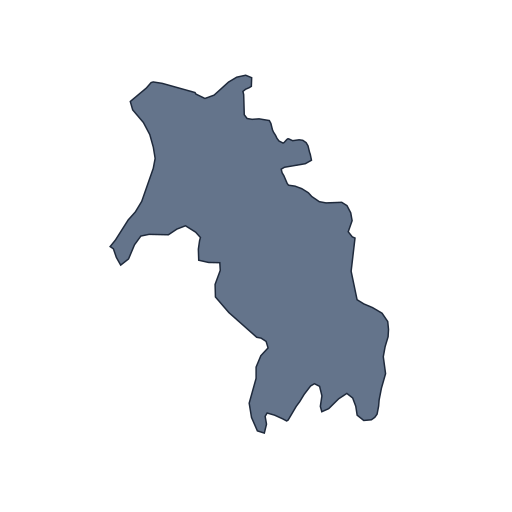 Sanguié, Albers equal-area conic projection, rotated 139°
{"feature_id": "BFA-2819", "entity_name": "Sanguié", "entity_type": "Province", "adm_level": 1, "iso_a3": "BFA", "parent_name": "Burkina Faso", "parent_adm1": "", "projection": "albers", "projection_center": [-2.62, 12.212], "detail": "fine", "context": "isolated", "style": "filled", "palette": "slate", "viewbox_px": 512, "rotation_deg": 139, "n_neighbors": 0, "source": "natural_earth", "source_scale": "10m", "svg_char_len": 1907}
<svg xmlns="http://www.w3.org/2000/svg" viewBox="0 0 512 512"><g transform="rotate(139 256 256)"><path d="M156.2,323.7L154.9,323.5L154.3,322.6L152.7,319.0L147.2,315.4L144.8,312.6L143.8,308.7L144.5,305.0L147.6,299.0L148.3,297.2L151.3,291.9L158.2,293.3L176.3,304.3L180.0,305.0L181.7,301.7L182.3,298.3L184.9,290.2L185.0,288.1L180.7,283.1L177.2,276.6L175.0,269.3L174.9,264.3L172.6,255.5L168.3,250.1L156.1,240.3L154.3,234.3L156.2,226.4L160.3,219.6L170.5,213.8L170.8,207.3L169.5,204.6L194.2,182.1L208.4,156.7L206.1,149.2L201.9,140.6L198.4,130.1L199.6,120.1L204.2,113.6L209.3,108.4L218.0,102.9L226.0,96.5L235.4,82.2L248.0,74.0L257.5,66.6L261.9,62.3L268.4,57.2L272.2,56.3L276.4,56.7L282.6,61.2L284.1,69.5L279.3,77.1L276.2,85.4L277.6,92.7L287.3,94.0L301.3,93.1L308.5,95.3L306.1,100.3L298.0,107.2L293.5,115.9L295.7,121.3L300.1,122.1L310.4,120.0L318.6,117.4L324.1,116.2L339.4,111.1L341.1,111.4L342.7,115.6L346.4,123.7L350.6,130.2L354.3,129.0L358.4,122.2L365.9,116.9L369.7,123.1L365.3,137.1L357.7,149.4L336.2,163.6L328.8,172.1L317.7,177.6L307.2,178.7L304.4,184.9L306.1,190.8L308.8,194.2L313.6,231.1L313.5,251.7L305.5,261.4L292.4,268.6L287.7,274.7L296.0,282.2L302.0,290.4L295.0,299.0L288.5,304.6L285.8,306.4L285.9,313.5L289.4,325.1L298.0,328.2L308.2,329.5L322.5,342.5L329.8,346.6L340.3,344.2L354.1,337.4L364.1,337.9L362.3,346.6L358.9,355.0L359.9,358.8L351.5,360.3L328.7,367.1L318.2,368.4L306.4,372.2L276.1,389.5L268.1,395.8L262.1,405.5L256.5,417.3L253.4,430.6L253.2,447.2L249.5,455.1L228.5,454.7L221.4,455.7L219.4,454.8L213.5,447.8L194.8,419.4L195.1,417.6L191.2,408.4L182.1,404.9L162.6,405.3L153.2,403.6L145.2,399.2L142.3,393.4L148.2,387.1L150.7,387.5L154.5,388.7L157.9,388.8L159.4,385.9L172.2,370.3L172.5,365.6L169.3,361.7L163.7,357.5L157.1,349.5L157.8,346.3L160.8,340.4L161.5,338.2L162.1,334.2L163.0,331.0L163.2,327.7L161.5,323.5L160.4,323.2L156.2,323.7Z" fill="#64748b" stroke="#1e293b" stroke-width="1.5"/></g></svg>